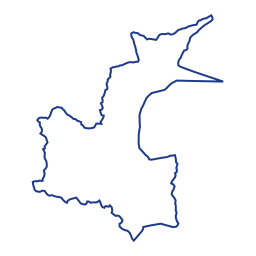 outline of Barra Mansa, Rio de Janeiro, Brazil
{"feature_id": "56859067B22264554579489", "entity_name": "Barra Mansa", "entity_type": "district", "adm_level": 2, "iso_a3": "BRA", "parent_name": "Brazil", "parent_adm1": "Rio de Janeiro", "projection": "orthographic", "projection_center": [-44.185, -22.485], "detail": "fine", "context": "isolated", "style": "outline", "palette": "blue", "viewbox_px": 256, "rotation_deg": 0, "n_neighbors": 0, "source": "geoboundaries", "source_scale": "gbopen_adm2", "svg_char_len": 3971}
<svg xmlns="http://www.w3.org/2000/svg" viewBox="0 0 256 256"><path d="M211.3,15.4L208.9,16.6L206.5,18.2L204.8,18.5L202.4,19.1L200.9,20.2L199.3,20.4L197.7,21.9L196.6,24.6L194.7,24.9L192.1,25.4L190.2,26.0L188.5,26.4L186.4,27.6L184.3,28.4L182.6,28.5L180.4,29.4L178.3,30.0L176.3,31.9L174.3,33.5L172.0,34.5L170.0,34.3L168.2,33.4L166.3,33.9L164.6,34.3L162.9,33.9L160.8,34.3L159.2,35.1L158.3,36.7L157.2,38.4L156.0,39.9L153.3,39.4L150.6,38.9L148.6,38.9L147.1,39.4L145.5,37.9L143.7,35.9L141.5,35.4L139.6,34.8L137.9,33.2L135.3,32.9L133.5,32.2L131.3,33.4L131.3,35.8L132.1,37.7L133.2,39.5L134.0,42.3L134.4,44.4L135.1,46.2L135.6,48.3L136.1,50.2L136.4,52.7L137.4,55.2L138.1,57.5L138.8,60.0L137.9,61.8L135.5,61.8L133.4,62.5L130.9,62.1L128.5,62.4L126.2,63.3L123.8,64.4L122.2,65.3L120.1,65.4L118.2,66.4L116.4,66.5L114.4,67.1L112.7,67.3L110.5,68.7L110.9,70.4L110.8,72.2L110.1,74.8L110.4,76.8L109.2,78.0L107.7,79.4L107.7,81.6L106.6,83.4L106.8,85.4L107.4,87.1L107.2,89.1L105.3,90.2L104.8,92.7L103.8,95.7L102.1,97.8L102.6,99.8L102.5,102.2L100.9,103.3L101.9,105.3L102.8,107.9L101.8,109.6L99.9,110.1L100.8,113.0L101.6,115.2L103.7,115.6L103.3,117.8L101.7,120.2L100.7,121.8L101.4,123.9L98.9,123.6L96.3,123.6L95.3,125.5L94.2,127.4L91.3,128.2L88.6,128.4L86.7,128.2L84.4,127.7L82.9,125.4L81.4,124.6L81.1,122.2L79.5,121.4L77.4,120.8L75.7,119.2L73.6,119.0L71.7,117.3L69.3,115.5L67.5,114.8L65.8,112.9L64.3,110.5L62.9,109.3L61.7,107.8L59.1,107.4L57.1,107.0L55.6,107.9L53.8,108.6L52.3,109.6L51.5,111.6L50.8,113.5L49.7,116.4L47.6,118.7L45.7,117.7L43.3,117.8L41.4,117.6L39.2,117.9L37.3,120.1L38.3,121.5L39.9,122.5L39.7,124.6L40.5,126.8L41.6,128.2L42.0,129.9L41.8,131.8L40.4,133.5L42.5,135.0L44.0,135.8L45.5,136.9L46.3,138.7L46.8,140.3L47.5,142.5L45.9,144.7L44.6,146.4L44.9,148.4L43.0,149.2L44.1,151.1L44.9,153.2L44.5,156.2L44.7,158.3L46.2,160.9L46.8,164.2L46.7,166.9L45.4,168.8L43.8,170.7L44.7,173.6L44.0,176.5L42.8,178.6L42.5,180.9L39.7,180.6L37.0,181.3L34.8,181.2L32.8,181.9L33.1,184.3L33.6,186.1L34.1,188.0L34.9,190.1L36.3,191.4L38.0,191.5L39.8,191.9L42.6,190.6L44.8,191.1L46.4,193.4L47.4,194.7L49.6,195.7L51.8,195.1L54.0,196.0L56.4,196.7L59.0,197.0L61.2,197.6L63.3,200.2L65.0,201.9L66.9,202.8L67.7,200.8L69.9,199.3L73.9,198.3L76.2,197.6L77.9,199.7L79.4,201.7L80.6,203.2L82.5,204.1L85.4,204.5L86.7,203.2L87.2,201.5L88.8,201.5L90.6,202.7L93.8,202.3L96.1,202.5L97.8,201.8L99.3,200.5L100.3,202.1L100.9,204.3L102.1,206.7L104.2,207.8L105.5,206.1L108.7,206.7L109.8,205.3L111.7,207.3L112.3,210.5L111.6,212.8L115.5,215.9L117.2,215.5L119.4,216.2L121.2,218.4L122.5,220.2L121.7,222.4L119.5,223.9L119.6,226.5L121.6,228.4L123.5,229.5L125.1,230.2L127.4,230.7L129.7,232.8L130.5,234.4L131.3,236.3L132.0,238.5L133.8,240.6L142.1,230.9L143.2,228.7L143.3,227.0L150.7,225.4L160.7,223.7L173.0,227.1L176.1,226.7L177.5,225.5L178.4,223.3L177.1,221.6L176.5,219.9L175.9,218.1L175.8,215.7L176.6,213.0L175.8,210.4L175.8,207.7L175.8,205.7L175.2,203.7L175.6,200.4L174.6,198.4L173.2,196.5L171.6,194.3L172.1,192.0L173.7,189.1L174.6,186.6L173.5,184.5L171.2,183.4L172.1,181.1L173.6,179.2L174.8,177.6L175.6,175.7L175.1,173.1L176.5,172.3L177.0,170.1L176.3,168.0L176.8,166.3L177.5,164.0L176.1,162.3L175.8,158.8L175.4,157.1L175.0,155.2L170.1,155.8L168.1,156.7L166.2,157.2L161.2,157.9L158.5,158.4L156.5,158.7L154.7,159.2L152.9,159.4L151.0,159.7L149.3,159.4L148.0,156.9L145.6,155.0L142.3,151.3L139.4,148.1L138.6,143.3L138.7,138.0L138.7,134.6L139.1,132.3L139.4,129.8L139.9,127.1L139.7,123.0L139.5,115.0L141.3,108.6L142.4,107.0L146.4,98.2L148.6,95.7L151.8,93.0L153.6,92.6L160.8,90.8L164.7,89.8L166.8,87.9L170.3,84.3L172.5,82.8L176.6,80.6L218.2,81.5L223.2,81.6L193.8,71.7L180.0,66.6L178.4,65.3L178.2,63.1L178.6,60.8L179.4,59.3L180.7,57.8L181.5,55.6L182.7,53.1L184.1,50.6L186.1,50.1L187.5,48.7L187.3,46.3L188.0,43.7L189.4,41.3L189.8,39.1L190.5,37.3L191.8,35.9L193.6,34.4L196.7,32.6L198.9,30.1L201.3,27.8L203.1,26.4L205.5,24.5L207.5,23.4L209.4,22.1L211.2,21.0L212.6,19.4L212.3,17.5L211.3,15.4Z" fill="none" stroke="#1e3a8a" stroke-width="2"/></svg>